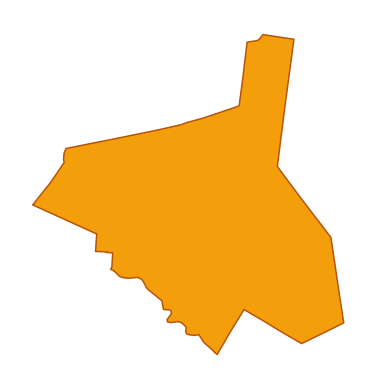 the district of Mavrodin, Teleorman, Romania, rotated 3°
{"feature_id": "2599482B71627865865788", "entity_name": "Mavrodin", "entity_type": "district", "adm_level": 2, "iso_a3": "ROU", "parent_name": "Romania", "parent_adm1": "Teleorman", "projection": "albers", "projection_center": [25.255, 44.051], "detail": "fine", "context": "isolated", "style": "filled", "palette": "amber", "viewbox_px": 384, "rotation_deg": 3, "n_neighbors": 0, "source": "geoboundaries", "source_scale": "gbopen_adm2", "svg_char_len": 1312}
<svg xmlns="http://www.w3.org/2000/svg" viewBox="0 0 384 384"><g transform="rotate(3 192 192)"><path d="M350.4,314.7L344.7,287.6L337.8,253.1L333.1,230.1L328.2,224.3L299.9,191.1L275.9,162.1L280.6,98.1L285.5,38.0L285.8,34.2L254.6,31.1L252.1,34.8L251.5,35.5L250.9,36.3L249.6,37.1L248.6,37.5L239.2,39.5L237.1,70.4L236.7,76.7L236.5,79.1L235.1,96.7L234.6,103.2L232.8,104.3L199.0,117.7L182.9,123.0L177.4,125.4L152.4,132.4L98.0,146.5L95.9,147.0L65.9,154.6L64.3,155.0L63.8,155.4L63.0,157.7L62.2,160.0L62.0,166.4L62.8,169.1L55.2,181.8L50.1,190.1L36.9,208.6L33.6,213.2L47.7,218.8L78.1,230.7L99.0,238.9L99.0,241.2L98.9,249.2L98.8,256.4L110.2,256.3L110.1,256.9L116.0,256.9L115.9,271.0L114.9,273.4L118.9,275.4L124.0,280.0L127.0,281.0L132.8,281.5L142.1,280.1L146.0,281.6L147.3,282.9L152.2,290.9L167.8,302.3L169.2,309.1L169.8,310.8L176.0,310.9L177.5,312.0L177.7,314.8L173.8,320.7L174.3,323.0L177.7,323.5L185.3,322.1L189.2,323.5L193.4,327.6L192.9,331.5L194.0,333.9L195.4,334.5L201.8,335.1L206.3,334.1L211.7,341.6L220.5,348.6L223.3,351.4L225.7,352.9L226.1,352.0L227.7,348.9L229.7,345.1L232.8,339.0L234.3,336.1L235.4,333.9L239.4,326.3L250.1,306.7L271.1,317.5L286.5,325.9L309.4,337.6L324.6,329.2L334.5,323.7L337.0,322.3L345.3,317.6L348.4,315.9L349.5,315.3L350.4,314.7Z" fill="#f59e0b" stroke="#b45309" stroke-width="1.5"/></g></svg>